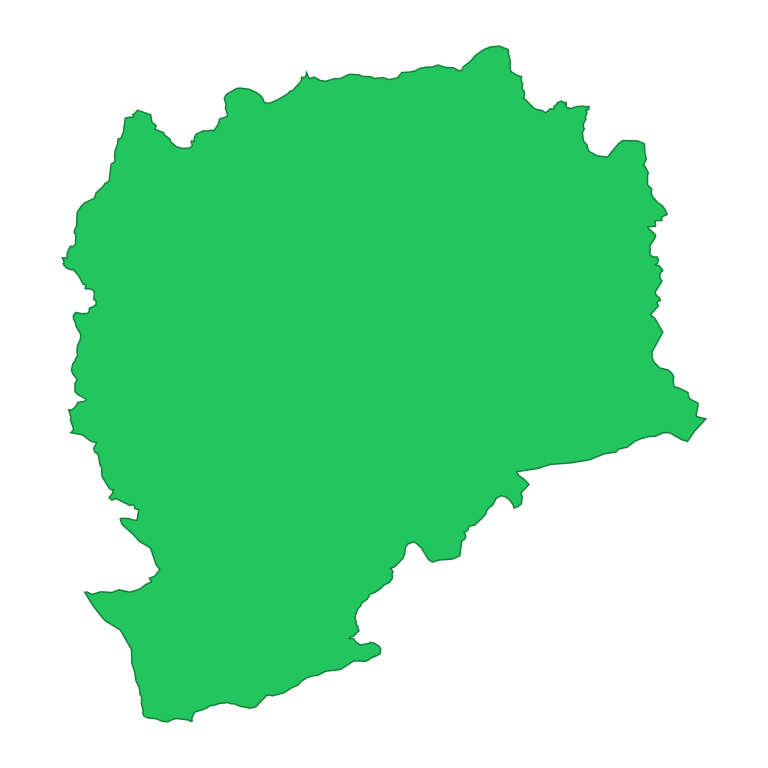 Baita, Hunedoara, Romania
{"feature_id": "2599482B49651116584259", "entity_name": "Baita", "entity_type": "district", "adm_level": 2, "iso_a3": "ROU", "parent_name": "Romania", "parent_adm1": "Hunedoara", "projection": "natural_earth1", "projection_center": [22.903, 46.027], "detail": "fine", "context": "isolated", "style": "filled", "palette": "green", "viewbox_px": 768, "rotation_deg": 0, "n_neighbors": 0, "source": "geoboundaries", "source_scale": "gbopen_adm2", "svg_char_len": 5968}
<svg xmlns="http://www.w3.org/2000/svg" viewBox="0 0 768 768"><path d="M705.8,418.9L696.5,416.6L696.2,414.9L698.2,404.6L697.8,403.1L690.0,399.0L688.7,396.9L688.0,392.6L679.2,388.1L673.8,386.6L673.3,380.6L673.8,376.8L671.7,373.0L668.3,370.0L659.6,367.9L654.0,362.2L652.0,357.3L652.1,351.7L662.8,332.2L655.0,318.5L650.5,314.7L658.5,305.8L656.9,303.2L657.2,301.9L660.5,300.3L659.0,297.5L656.3,295.4L655.0,292.3L662.0,281.2L659.9,277.7L659.8,275.9L660.2,273.4L661.6,271.1L662.4,271.2L662.7,270.1L659.0,265.6L655.1,264.8L657.7,262.8L658.4,259.5L657.3,257.1L652.1,256.8L651.5,255.6L649.7,254.8L650.3,249.0L649.9,245.7L654.7,238.4L655.7,235.2L650.4,229.8L648.9,229.5L648.0,226.8L655.3,226.4L655.6,225.0L654.9,220.7L661.9,220.5L661.6,217.2L667.1,214.5L665.2,209.7L662.9,206.4L657.7,202.6L652.1,196.1L651.2,192.4L651.8,189.0L647.6,184.9L647.5,175.9L648.3,172.8L645.3,166.7L643.3,165.4L646.3,159.3L644.9,152.5L644.4,143.7L637.6,140.9L622.7,140.5L618.2,144.0L607.4,157.1L596.9,155.7L589.1,151.3L588.0,149.7L587.2,145.4L583.4,140.8L582.4,132.6L584.3,128.8L583.7,128.3L583.3,124.1L585.9,119.3L585.3,117.7L586.9,112.9L586.1,109.8L588.6,109.7L588.8,108.2L588.2,107.0L589.7,106.3L586.5,107.0L583.2,106.1L577.1,106.5L570.3,108.6L568.6,107.7L567.8,108.2L567.0,107.8L565.4,104.7L566.2,104.6L566.2,102.5L564.2,102.8L561.3,101.0L557.2,102.9L556.7,104.4L554.4,105.9L553.3,109.3L550.4,108.7L545.7,112.8L541.8,110.4L537.2,109.7L533.7,108.0L523.8,97.9L524.6,93.7L523.8,90.7L522.0,88.8L522.6,83.7L521.4,81.0L521.5,76.7L516.1,74.9L510.7,71.2L510.0,65.7L510.5,61.8L508.7,54.7L508.2,49.5L499.2,46.1L490.0,47.1L483.5,49.7L475.9,55.0L470.3,61.4L463.6,66.5L462.0,69.8L460.8,70.8L458.6,70.6L453.5,67.8L445.8,67.5L437.8,65.0L432.1,67.1L427.5,67.0L420.0,68.3L415.8,70.6L410.6,72.0L401.8,72.5L397.4,77.9L390.3,79.4L388.6,79.5L383.6,77.7L373.5,78.5L372.5,77.3L369.8,76.7L361.8,76.3L359.4,74.9L351.3,74.3L348.3,74.7L340.2,78.6L334.4,78.6L326.2,81.2L320.7,80.7L314.3,77.2L309.2,78.4L306.4,72.6L306.2,75.0L305.0,77.2L304.1,77.9L301.8,77.1L301.0,81.4L292.6,90.5L290.2,91.1L287.4,94.0L277.2,100.0L270.3,102.9L266.8,103.4L263.8,101.7L262.8,98.4L260.3,95.4L256.2,92.4L249.3,89.3L240.2,88.1L236.5,88.5L226.3,94.5L224.2,98.5L226.1,104.4L225.4,108.2L227.4,114.6L227.2,116.2L224.1,117.8L220.7,118.4L219.3,119.8L218.7,123.6L213.6,131.3L212.1,130.1L206.0,131.1L203.5,130.7L195.9,134.3L194.1,138.9L194.3,141.5L191.4,140.9L191.1,141.6L192.4,146.0L189.1,148.2L181.5,148.4L175.9,146.5L170.7,141.7L170.0,139.2L164.7,135.2L163.6,132.6L155.0,129.4L156.2,125.8L151.9,122.0L150.7,114.8L137.5,110.2L134.5,113.7L132.7,114.7L133.7,115.8L133.2,117.4L130.4,117.1L125.3,118.1L123.4,132.2L120.9,138.3L118.0,139.0L117.8,143.4L115.1,150.7L114.6,155.5L115.1,161.6L111.3,163.9L111.0,164.9L109.1,181.1L104.8,183.6L103.1,186.5L96.1,192.8L94.5,198.2L84.4,203.0L80.7,206.9L77.2,212.4L76.6,225.8L74.6,229.8L74.3,231.9L74.4,233.3L75.6,233.9L75.8,234.9L75.4,244.5L72.8,246.6L70.6,246.2L69.7,247.5L67.2,253.1L67.0,258.0L62.2,257.8L63.8,261.0L64.0,263.7L63.2,263.8L63.9,265.2L66.7,268.2L71.2,269.8L73.1,269.5L75.3,271.8L78.5,275.5L83.2,284.4L86.0,284.7L85.1,288.7L90.8,289.0L93.9,290.8L94.4,293.8L93.7,299.1L96.4,301.7L95.8,304.8L92.3,307.2L89.5,307.9L89.1,311.4L87.7,313.4L81.9,313.7L75.7,312.4L73.3,315.7L73.5,319.0L75.1,322.0L76.1,326.4L80.6,334.1L80.6,336.7L80.3,339.7L77.4,345.7L76.9,351.5L77.6,355.7L75.5,358.8L75.0,361.2L72.9,363.4L71.4,370.1L73.0,374.1L77.1,379.5L75.0,383.5L75.0,391.3L77.4,394.3L85.3,398.6L85.9,400.0L84.4,401.4L80.0,402.0L79.8,402.6L77.8,402.3L77.2,404.4L73.8,408.4L71.2,410.2L68.8,409.8L71.0,417.9L70.6,420.4L73.5,428.8L73.0,430.6L70.8,432.6L82.6,434.9L90.8,441.2L96.8,442.8L94.1,447.1L93.8,449.0L94.8,451.9L98.2,454.5L100.1,465.5L100.8,465.4L101.4,467.0L102.1,476.7L109.3,488.5L111.4,489.8L113.5,489.6L112.5,492.3L112.9,492.7L109.1,497.8L111.8,500.1L116.0,498.6L130.3,505.6L131.4,504.7L133.8,505.3L134.6,506.3L134.7,508.6L138.7,509.7L137.1,520.3L132.7,520.0L129.0,518.6L121.1,518.3L120.2,519.0L122.2,524.6L132.8,534.1L139.7,541.6L149.8,547.5L150.9,549.1L156.1,564.7L159.8,569.5L154.8,576.1L149.4,578.2L151.5,581.7L145.6,584.6L140.0,588.9L130.1,592.2L118.9,589.8L112.0,592.5L100.6,591.8L91.9,594.5L87.4,592.1L84.8,592.3L92.9,605.6L102.8,618.2L105.6,621.0L120.2,629.9L131.5,649.5L131.9,663.5L134.6,671.5L136.0,680.8L139.2,687.6L140.1,694.5L141.8,697.3L141.3,703.0L143.2,711.2L142.8,712.5L143.6,715.7L147.2,717.7L156.3,718.8L162.2,721.2L167.6,721.9L173.2,719.2L176.9,718.5L187.9,719.9L190.7,721.4L192.2,720.8L191.8,718.3L194.5,712.2L206.2,708.4L210.0,705.6L213.4,705.5L219.6,703.4L227.8,702.6L231.2,703.8L234.0,703.7L240.3,706.3L250.3,708.2L255.8,706.8L266.2,695.8L268.4,695.0L272.6,695.8L284.2,692.7L291.4,687.9L297.8,685.2L301.3,681.3L306.8,677.8L312.2,676.0L318.0,675.2L325.4,671.3L340.6,669.4L353.1,661.4L354.8,660.8L365.4,661.3L368.9,659.8L370.8,657.9L375.9,656.1L380.3,653.6L380.6,648.6L378.7,645.9L374.4,643.3L370.5,642.3L369.5,643.3L360.4,645.0L356.1,642.1L353.4,638.8L349.3,638.5L350.6,636.9L353.1,636.4L359.0,630.7L357.8,628.0L358.1,626.6L356.2,624.7L356.2,622.1L355.0,618.3L355.6,614.7L358.0,608.7L360.6,606.0L361.9,602.9L367.3,599.1L370.2,594.0L374.9,592.5L380.6,588.6L383.9,585.1L389.6,582.3L392.5,577.9L392.1,574.0L393.0,571.6L390.5,568.5L394.9,566.7L403.0,558.3L404.5,554.3L405.6,547.1L407.8,544.1L413.8,541.6L416.9,543.8L421.3,547.8L428.5,559.7L432.5,562.1L439.2,560.0L451.4,559.2L456.9,557.4L459.9,555.5L461.6,541.2L464.8,539.0L465.8,536.0L464.1,532.6L467.6,530.3L469.4,526.2L474.6,525.1L482.1,518.2L485.9,513.8L486.7,510.8L488.5,508.2L492.3,505.5L496.4,498.1L501.2,495.7L505.5,496.8L510.2,500.5L513.3,505.3L514.1,508.0L517.7,506.7L521.4,503.8L522.3,496.9L520.9,492.9L529.0,484.5L524.2,479.4L518.5,475.3L516.7,471.7L537.5,468.5L550.0,464.4L570.7,462.9L589.8,459.7L604.1,453.9L616.0,452.0L618.8,449.0L627.3,447.2L634.5,441.4L641.4,438.5L649.2,436.5L655.6,436.2L662.5,433.0L667.0,432.5L670.5,433.2L681.4,439.5L687.5,441.4L694.6,431.1L705.8,418.9Z" fill="#22c55e" stroke="#15803d" stroke-width="1.5"/></svg>